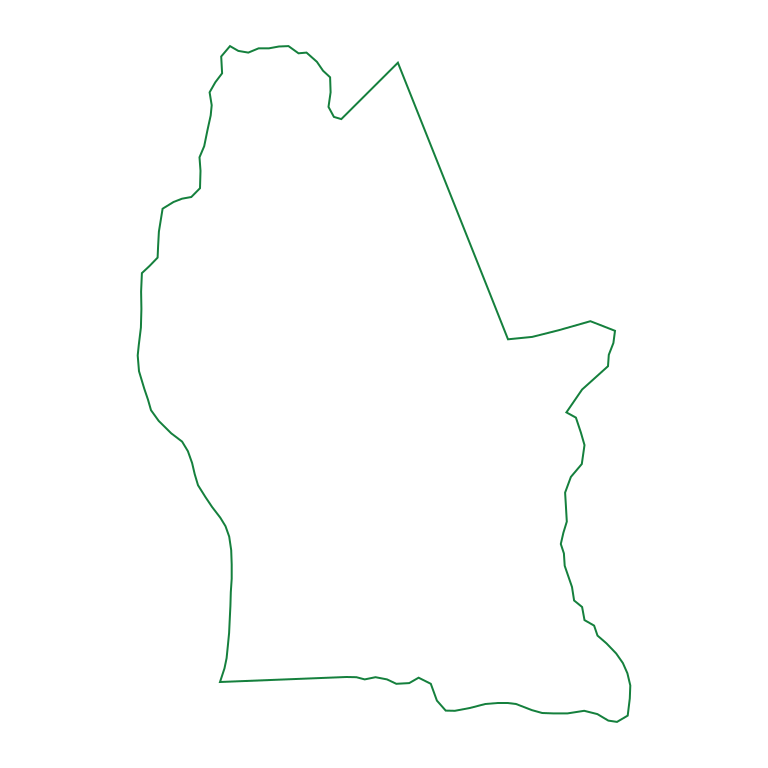 outline of São Francisco do Conde, Bahia, Brazil
{"feature_id": "56859067B62288498634856", "entity_name": "São Francisco do Conde", "entity_type": "district", "adm_level": 2, "iso_a3": "BRA", "parent_name": "Brazil", "parent_adm1": "Bahia", "projection": "equal_earth", "projection_center": [-38.631, -12.644], "detail": "fine", "context": "isolated", "style": "outline", "palette": "green", "viewbox_px": 768, "rotation_deg": 0, "n_neighbors": 0, "source": "geoboundaries", "source_scale": "gbopen_adm2", "svg_char_len": 1693}
<svg xmlns="http://www.w3.org/2000/svg" viewBox="0 0 768 768"><path d="M558.8,330.2L532.2,336.9L508.0,339.3L490.2,294.4L397.9,62.7L341.3,119.1L333.9,116.9L328.5,106.9L330.6,92.3L330.1,77.3L323.0,70.7L316.9,61.8L306.5,52.6L298.5,53.3L288.5,46.1L278.9,46.5L269.1,48.3L258.7,48.3L248.3,52.6L238.3,50.9L230.0,46.1L221.2,56.5L222.1,73.3L215.3,82.3L209.6,92.3L211.7,105.2L210.7,115.4L207.5,130.0L204.2,146.2L199.5,157.3L200.5,170.8L200.0,188.2L191.3,197.0L182.0,198.7L173.5,202.0L162.6,208.7L158.9,231.6L158.1,246.2L157.6,257.6L149.6,265.9L141.9,273.1L141.1,291.6L141.4,309.0L140.9,327.6L138.8,344.8L137.7,355.5L139.0,371.2L144.3,388.8L148.0,399.7L151.0,410.2L158.7,420.9L171.2,433.3L182.1,441.6L187.9,451.2L192.1,463.0L194.7,474.1L198.0,485.2L205.4,497.0L212.1,507.0L220.3,517.7L225.5,526.2L229.2,536.6L231.2,550.2L231.7,564.5L231.7,578.7L230.8,592.2L230.4,606.0L229.6,622.3L229.1,633.0L227.8,646.3L226.6,658.1L224.5,668.3L220.0,682.0L346.4,677.0L356.4,677.2L364.7,679.4L375.5,677.2L387.0,679.4L396.3,683.8L409.2,683.1L418.6,677.7L430.8,683.8L436.9,700.6L445.7,710.6L454.9,710.8L469.8,708.0L485.2,704.0L497.7,703.0L507.7,703.0L516.0,704.0L531.8,710.1L542.2,713.0L553.4,713.4L567.5,713.4L584.2,710.8L597.4,714.1L608.3,720.6L617.0,721.9L627.7,715.6L629.8,698.4L630.3,685.5L627.4,673.3L622.9,663.1L616.2,653.5L606.5,643.4L597.5,635.6L594.1,625.6L584.5,620.1L582.1,607.0L574.1,600.5L572.0,587.0L568.0,575.4L564.7,565.8L563.9,553.4L560.8,544.0L563.4,532.7L566.8,521.6L565.9,505.9L565.1,492.6L570.9,476.9L581.8,464.0L584.5,445.1L580.9,432.6L575.9,417.6L566.4,412.4L582.1,389.5L608.0,366.2L608.8,354.8L613.4,343.0L615.0,330.8L590.4,321.2L558.8,330.2Z" fill="none" stroke="#15803d" stroke-width="2"/></svg>